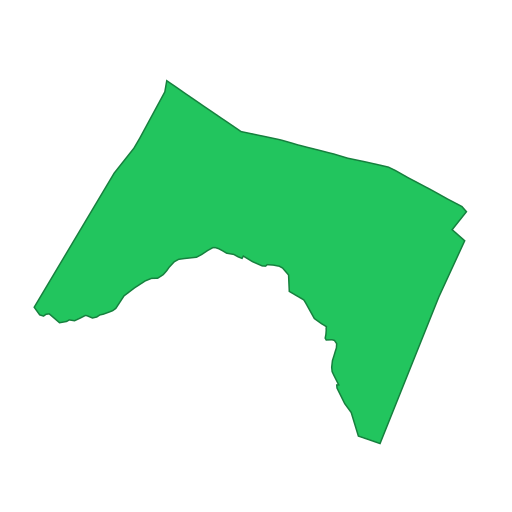 the district of Santiago Apóstol, Oaxaca, Mexico, rotated 20°
{"feature_id": "50627088B59786847930457", "entity_name": "Santiago Apóstol", "entity_type": "district", "adm_level": 2, "iso_a3": "MEX", "parent_name": "Mexico", "parent_adm1": "Oaxaca", "projection": "albers", "projection_center": [-96.73, 16.793], "detail": "fine", "context": "isolated", "style": "filled", "palette": "green", "viewbox_px": 512, "rotation_deg": 20, "n_neighbors": 0, "source": "geoboundaries", "source_scale": "gbopen_adm2", "svg_char_len": 1698}
<svg xmlns="http://www.w3.org/2000/svg" viewBox="0 0 512 512"><g transform="rotate(20 256 256)"><path d="M94.4,226.6L65.1,380.0L72.9,385.3L76.9,385.1L78.7,382.5L81.5,381.1L94.2,385.9L100.4,382.3L102.4,379.9L107.6,378.9L112.2,374.3L115.9,370.3L117.5,369.9L123.5,370.2L127.2,367.8L129.4,364.8L132.4,362.9L137.3,358.8L140.0,356.4L142.2,353.1L145.6,338.6L152.8,327.4L160.4,317.3L165.4,312.8L171.2,310.5L175.2,305.2L177.1,300.4L178.2,296.3L181.2,289.3L184.4,285.6L189.9,282.7L200.5,277.5L204.4,273.2L208.8,267.2L212.6,262.9L215.1,262.0L218.5,261.9L222.8,262.5L227.4,263.4L234.6,262.1L239.5,262.9L243.7,263.0L244.1,260.4L254.6,262.5L265.2,263.2L268.5,262.2L269.5,260.3L275.4,258.6L278.5,258.1L280.5,257.8L281.1,257.6L285.1,258.2L293.1,262.7L299.4,277.9L315.9,280.9L318.6,283.0L332.2,294.8L340.7,297.2L346.3,298.3L346.7,300.1L347.4,301.8L348.5,305.7L349.1,309.5L350.7,310.9L356.1,308.7L358.6,308.5L361.8,310.8L363.0,314.9L363.1,318.1L363.4,323.0L363.6,328.1L365.2,334.7L367.1,338.6L369.9,341.4L377.8,348.8L376.0,349.6L377.3,352.4L389.9,364.4L399.0,370.5L413.8,390.2L436.7,389.8L441.8,231.7L446.9,170.3L431.3,164.2L438.6,142.4L432.6,139.1L416.1,136.9L399.5,134.2L371.9,130.4L358.4,128.1L350.0,127.2L327.7,130.0L309.6,132.6L309.2,132.7L307.6,132.8L305.8,132.9L303.9,133.0L302.3,133.1L295.2,133.5L294.6,133.5L288.2,134.2L282.8,134.7L276.7,135.3L275.3,135.5L273.8,135.6L267.5,136.3L259.9,137.0L257.6,137.3L251.8,137.6L241.8,138.3L239.6,138.5L237.1,138.8L220.8,141.1L219.0,141.4L199.4,144.2L184.2,140.3L175.7,138.2L158.8,133.9L155.2,133.0L152.6,132.3L133.9,127.5L124.6,125.0L116.4,122.9L112.2,121.8L114.2,133.0L106.5,185.0L104.4,196.5L94.4,226.6Z" fill="#22c55e" stroke="#15803d" stroke-width="1.5"/></g></svg>